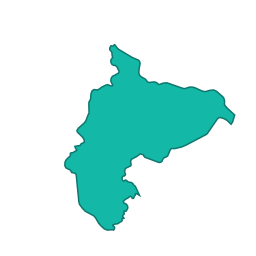 the border of Lacs, rotated 45°
{"feature_id": "CIV-3461", "entity_name": "Lacs", "entity_type": "Department", "adm_level": 1, "iso_a3": "CIV", "parent_name": "Ivory Coast", "parent_adm1": "", "projection": "orthographic", "projection_center": [-5.076, 6.892], "detail": "fine", "context": "isolated", "style": "filled", "palette": "teal", "viewbox_px": 256, "rotation_deg": 45, "n_neighbors": 0, "source": "natural_earth", "source_scale": "10m", "svg_char_len": 3879}
<svg xmlns="http://www.w3.org/2000/svg" viewBox="0 0 256 256"><g transform="rotate(45 128 128)"><path d="M183.8,167.5L180.3,168.4L180.0,168.8L179.8,169.3L180.3,169.7L180.6,170.2L180.7,171.5L181.0,172.2L181.4,172.9L181.6,173.9L181.3,174.4L180.8,174.7L178.7,174.3L177.9,174.6L177.7,175.2L177.5,177.3L176.9,179.3L176.6,180.9L176.5,182.7L177.0,183.5L177.6,183.9L178.3,183.8L179.0,183.6L180.3,183.1L180.9,183.0L183.0,183.5L183.8,184.1L184.6,185.0L185.3,187.2L185.4,188.3L184.9,188.8L184.5,188.9L184.0,189.7L184.2,190.2L184.7,190.6L185.4,190.8L186.1,191.3L186.2,192.2L186.1,193.4L186.4,194.1L187.0,194.4L188.5,194.5L189.0,194.7L188.9,195.1L188.5,195.5L187.8,195.9L187.9,196.4L189.3,197.6L189.5,198.4L189.3,199.3L188.9,200.3L188.6,202.4L188.2,203.4L187.6,204.1L187.1,204.5L185.9,207.2L186.1,207.6L186.6,207.8L188.0,207.6L188.7,207.6L189.2,208.1L189.6,208.9L190.0,209.9L189.9,210.5L189.0,210.8L185.7,214.7L182.6,216.1L178.7,216.3L174.5,216.1L173.2,215.7L172.5,215.5L171.3,215.2L170.6,215.0L168.6,214.5L166.6,214.3L165.5,214.4L157.3,216.9L156.0,217.1L152.4,217.0L147.8,216.3L145.4,214.9L124.7,197.9L123.5,197.4L122.7,197.4L122.1,197.7L119.7,199.3L117.1,198.5L112.4,200.1L110.1,199.4L107.9,197.1L106.9,195.0L106.7,192.4L106.9,188.7L106.5,187.9L105.6,187.3L105.1,186.5L105.5,185.5L106.3,184.6L106.6,184.0L106.9,182.3L107.6,180.2L107.2,179.7L105.5,179.5L103.4,178.6L105.1,176.1L106.5,174.2L106.0,172.1L107.2,169.1L105.5,167.4L102.5,166.6L95.1,166.7L93.6,165.8L93.0,163.1L93.1,162.2L93.5,155.2L93.0,152.4L91.6,149.4L90.2,146.2L89.9,145.0L83.3,138.7L82.0,137.2L81.2,134.2L77.6,129.9L76.4,127.4L76.7,124.9L79.5,122.7L80.2,120.4L80.4,118.2L81.6,114.4L82.0,113.3L83.0,111.7L84.3,111.2L86.0,110.4L86.5,110.0L86.9,109.5L87.0,108.9L86.7,108.4L84.1,107.6L83.4,107.3L82.8,107.0L82.3,106.5L81.6,105.8L81.0,104.8L80.6,103.4L80.5,102.4L80.7,101.5L81.4,99.7L82.4,95.9L82.3,95.0L81.8,94.4L78.2,93.0L77.3,92.7L76.4,92.6L75.1,92.8L74.4,93.1L74.0,93.4L73.5,93.8L72.8,94.1L72.1,94.3L71.4,94.3L70.6,94.1L69.7,93.7L68.6,92.9L67.9,92.1L67.5,90.7L67.4,89.9L67.2,89.0L65.6,88.0L63.3,86.1L62.3,85.7L61.4,85.7L60.7,85.7L60.0,85.6L59.3,85.2L58.8,84.7L58.0,83.0L57.8,82.4L57.9,81.8L58.7,81.4L59.2,81.0L59.6,80.4L59.3,79.7L59.7,78.5L63.6,79.0L65.8,79.0L81.3,75.1L86.9,72.8L87.8,72.6L88.8,72.7L90.0,73.2L90.9,73.8L91.5,74.6L94.2,78.6L96.6,81.2L97.4,81.8L98.2,82.2L99.0,82.5L100.1,82.5L101.3,82.4L105.6,81.2L106.4,81.2L109.0,81.6L109.9,81.4L110.9,80.7L113.4,77.5L114.5,76.5L116.1,75.7L117.2,75.6L118.2,75.6L119.0,75.4L119.7,74.5L121.2,71.3L123.6,68.5L138.7,61.2L140.1,60.1L140.9,59.1L141.2,58.2L142.1,56.5L142.6,55.6L143.2,54.9L144.0,54.1L144.9,53.4L146.7,52.3L154.3,49.4L156.0,48.4L157.1,47.4L159.1,43.7L161.4,40.8L163.0,40.0L165.0,39.4L173.0,38.9L174.0,39.0L175.1,39.4L176.9,40.4L179.3,42.9L180.1,43.4L183.5,43.8L194.3,43.4L197.6,49.6L197.9,50.5L198.2,52.5L193.0,52.5L189.5,53.4L187.8,54.2L185.6,55.5L185.0,56.9L184.8,58.3L187.9,75.3L188.0,76.9L181.1,99.2L180.0,101.8L179.6,103.1L175.5,109.7L173.7,111.3L173.3,112.0L173.2,112.7L173.3,113.3L173.3,113.5L174.5,116.5L175.8,119.7L175.7,120.5L175.5,121.5L174.6,123.6L174.5,124.5L174.7,125.4L175.5,127.4L175.5,128.4L175.2,129.4L174.7,130.0L174.2,130.5L173.0,131.1L160.7,136.7L159.7,136.7L159.1,136.6L158.0,136.1L154.9,137.6L154.8,138.3L154.8,138.9L154.3,142.1L152.6,147.6L153.2,149.5L153.9,150.0L155.0,151.0L156.3,151.9L156.7,152.7L156.6,153.4L156.2,154.0L155.8,155.5L155.1,157.2L155.0,158.8L155.3,159.7L157.0,161.7L157.9,162.1L158.7,162.3L159.1,162.8L159.4,163.4L159.4,164.1L159.3,164.6L158.9,164.9L158.6,165.3L158.6,166.6L159.3,167.7L160.0,168.3L160.8,168.7L161.6,168.8L162.2,168.7L162.7,168.4L162.9,167.8L162.8,167.1L163.0,166.6L163.5,166.3L164.2,166.1L165.9,166.1L166.6,165.9L167.1,165.5L168.1,164.7L168.7,164.3L169.4,164.1L170.1,163.9L170.7,163.9L172.6,164.3L173.3,164.2L173.9,164.1L174.5,164.1L183.8,167.5Z" fill="#14b8a6" stroke="#0f766e" stroke-width="1.5"/></g></svg>